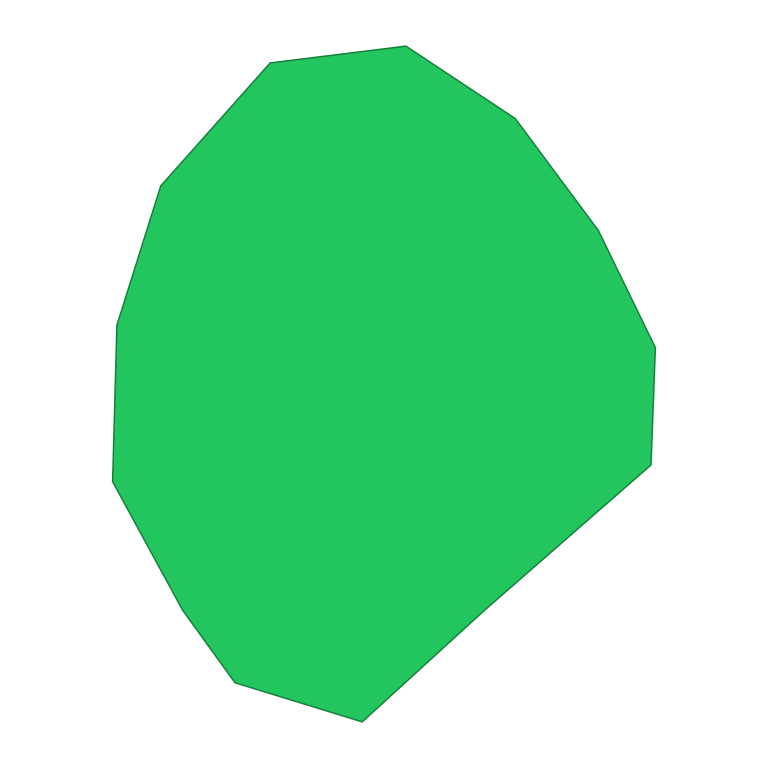 map outline of Nottingham (Robinson projection)
{"feature_id": "GBR-2763", "entity_name": "Nottingham", "entity_type": "Unitary Authority", "adm_level": 1, "iso_a3": "GBR", "parent_name": "United Kingdom", "parent_adm1": "", "projection": "robinson", "projection_center": [-1.17, 52.934], "detail": "fine", "context": "isolated", "style": "filled", "palette": "green", "viewbox_px": 768, "rotation_deg": 0, "n_neighbors": 0, "source": "natural_earth", "source_scale": "10m", "svg_char_len": 297}
<svg xmlns="http://www.w3.org/2000/svg" viewBox="0 0 768 768"><path d="M405.9,46.1L515.3,118.6L598.4,230.5L655.4,347.7L651.0,465.0L484.6,610.2L362.2,721.9L235.0,682.8L182.6,610.2L112.6,481.7L116.9,325.2L160.8,185.8L270.2,62.9L405.9,46.1Z" fill="#22c55e" stroke="#15803d" stroke-width="1.5"/></svg>